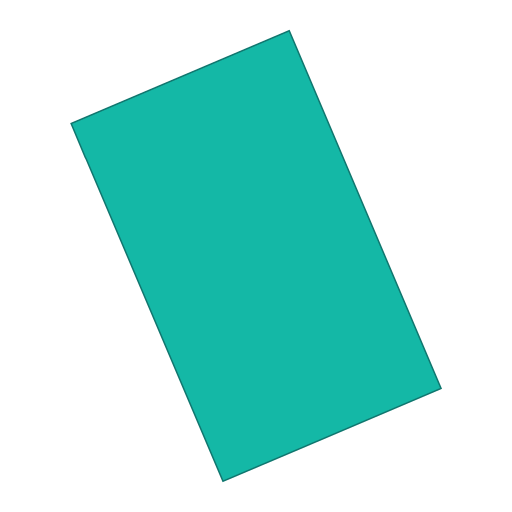 Dallam, Texas, United States of America (Robinson projection), rotated 247°
{"feature_id": "52423323B63824106950713", "entity_name": "Dallam", "entity_type": "district", "adm_level": 2, "iso_a3": "USA", "parent_name": "United States of America", "parent_adm1": "Texas", "projection": "robinson", "projection_center": [-102.699, 36.278], "detail": "fine", "context": "isolated", "style": "filled", "palette": "teal", "viewbox_px": 512, "rotation_deg": 247, "n_neighbors": 0, "source": "geoboundaries", "source_scale": "gbopen_adm2", "svg_char_len": 285}
<svg xmlns="http://www.w3.org/2000/svg" viewBox="0 0 512 512"><g transform="rotate(247 256 256)"><path d="M79.1,137.6L61.6,137.6L61.6,234.5L61.6,234.9L61.8,374.6L450.4,374.6L450.2,137.6L413.7,137.4L411.3,137.6L79.1,137.6Z" fill="#14b8a6" stroke="#0f766e" stroke-width="1.5"/></g></svg>